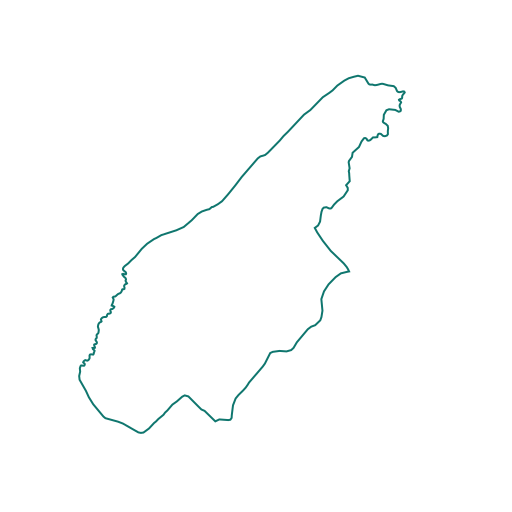 Sacapulas, Quiché, Guatemala, rotated 132°
{"feature_id": "79465075B69929365391108", "entity_name": "Sacapulas", "entity_type": "district", "adm_level": 2, "iso_a3": "GTM", "parent_name": "Guatemala", "parent_adm1": "Quiché", "projection": "natural_earth1", "projection_center": [-91.122, 15.267], "detail": "fine", "context": "isolated", "style": "outline", "palette": "teal", "viewbox_px": 512, "rotation_deg": 132, "n_neighbors": 0, "source": "geoboundaries", "source_scale": "gbopen_adm2", "svg_char_len": 4746}
<svg xmlns="http://www.w3.org/2000/svg" viewBox="0 0 512 512"><g transform="rotate(132 256 256)"><path d="M86.5,245.4L84.9,246.4L83.3,246.7L82.4,246.0L81.7,244.9L81.7,241.9L81.1,240.8L80.2,240.0L78.7,239.3L77.2,239.5L75.1,241.5L72.6,243.3L71.1,245.2L71.0,248.2L71.3,249.0L71.5,250.6L71.4,251.4L71.0,251.9L68.7,252.9L65.5,255.5L60.4,256.6L57.9,255.3L54.3,250.3L53.8,248.5L53.5,247.3L53.3,246.5L52.3,245.8L51.2,245.6L50.3,246.3L49.7,247.1L49.3,248.3L49.0,248.9L48.3,249.8L47.3,250.4L46.0,250.7L44.8,250.9L44.4,251.7L44.4,252.8L44.6,253.7L44.2,254.3L42.9,253.9L42.4,253.5L41.3,253.0L40.6,253.3L40.1,253.7L39.4,254.3L38.8,254.6L37.5,254.8L36.7,254.8L35.8,254.8L35.0,254.9L34.6,255.8L35.1,256.7L35.7,257.2L36.4,257.6L37.1,258.1L37.7,258.5L38.2,259.0L38.7,259.6L39.1,260.7L39.0,261.7L37.6,264.7L37.6,267.3L40.8,272.0L43.0,276.6L43.5,277.4L44.0,277.9L44.9,278.6L47.1,280.0L48.5,281.0L49.6,282.0L50.2,283.1L50.7,284.2L52.2,285.8L52.6,286.6L52.7,287.5L52.5,288.3L50.6,294.6L53.8,300.8L57.3,303.2L61.8,306.0L66.5,307.7L74.9,309.6L81.7,309.9L85.8,310.7L93.3,312.6L111.2,313.3L118.8,314.9L142.6,315.4L148.5,315.8L154.3,315.6L171.4,316.3L174.8,316.8L176.6,317.8L177.8,318.6L179.1,319.4L182.3,320.0L206.8,319.5L217.6,318.6L227.2,318.1L229.7,318.0L238.0,317.9L243.1,319.0L248.1,320.7L249.2,321.6L252.4,322.0L254.6,323.5L259.1,326.0L263.8,327.4L272.5,327.7L282.8,329.1L290.2,332.4L303.8,340.3L309.3,342.1L311.6,343.1L319.7,345.1L327.0,345.7L337.7,345.2L342.3,345.8L347.0,346.0L351.3,346.8L352.2,346.8L353.1,346.8L354.0,346.6L354.6,346.2L355.1,345.7L355.3,345.1L355.3,343.8L355.2,342.0L355.6,341.2L356.0,340.7L356.6,340.5L357.4,341.2L357.8,342.2L358.1,342.8L359.0,343.2L359.4,342.4L359.6,341.2L359.8,340.1L359.7,339.1L359.7,338.3L360.2,337.1L360.8,336.7L361.4,336.6L362.1,335.7L362.3,335.1L362.4,334.3L362.7,333.5L363.5,333.7L364.3,334.2L365.3,334.3L366.3,334.1L367.0,333.4L367.6,332.4L368.5,331.8L369.3,332.1L370.1,333.0L370.8,332.9L371.7,332.4L372.8,332.1L373.6,332.0L374.8,332.2L375.4,332.5L375.9,332.8L376.8,333.1L377.6,333.2L378.6,333.3L379.7,333.4L380.6,333.7L381.1,334.3L381.8,334.7L382.7,334.7L383.1,333.7L383.5,332.8L384.7,332.0L387.3,330.8L387.9,330.6L388.6,330.5L389.4,330.1L389.0,329.1L388.6,328.3L388.5,327.3L389.2,327.0L390.1,327.0L391.5,327.3L392.1,327.8L392.6,328.2L393.7,328.1L394.3,327.4L394.8,326.3L395.5,325.9L396.2,326.0L397.0,326.4L397.6,327.1L398.2,327.4L399.0,327.3L399.8,327.1L400.6,326.5L401.5,326.6L402.2,327.2L402.7,327.8L403.5,328.4L404.2,328.8L405.2,329.0L406.2,329.0L406.9,328.8L407.4,328.0L408.0,327.0L408.8,327.1L410.0,327.7L410.8,327.7L412.0,327.5L412.7,327.2L413.7,326.6L414.4,326.1L414.7,325.6L415.1,324.9L416.1,323.4L416.6,323.0L417.2,322.6L418.2,321.9L418.9,321.6L419.5,321.6L420.3,321.7L421.0,321.7L421.7,321.4L422.1,320.8L423.4,319.6L424.1,319.6L424.9,319.6L425.8,319.1L426.1,318.2L426.3,317.5L426.5,316.7L427.0,316.1L427.6,315.9L428.4,316.0L429.3,316.7L430.1,317.0L430.8,316.3L431.4,315.0L431.9,314.3L432.6,314.6L433.1,315.3L433.7,315.9L434.3,314.9L434.3,313.4L434.4,312.6L435.3,312.1L436.5,311.8L437.1,311.2L438.1,311.0L438.7,311.7L439.3,312.6L439.8,313.1L440.4,313.4L441.2,313.2L441.8,312.7L442.6,311.9L443.3,311.3L444.3,311.0L444.9,310.9L445.8,311.0L446.5,311.2L447.0,311.9L447.6,313.2L448.5,313.5L449.8,313.6L450.7,313.2L450.7,311.3L451.4,310.5L452.4,310.3L453.1,310.9L453.5,311.5L454.3,312.7L455.3,312.7L457.3,311.8L459.6,309.3L463.5,307.1L466.0,304.3L470.0,292.2L472.8,285.7L475.1,277.8L477.4,262.0L477.3,259.4L471.5,247.8L469.6,242.9L465.8,225.4L464.5,223.2L462.5,221.5L455.8,220.1L448.3,220.0L445.9,219.6L442.5,219.5L435.9,218.5L433.2,218.8L430.1,218.5L422.4,218.7L417.0,217.5L409.9,216.7L407.3,215.7L405.6,212.3L406.4,198.1L406.6,193.9L405.5,190.6L406.1,175.6L402.0,173.9L396.4,166.7L394.8,165.5L392.6,165.8L390.6,167.4L385.2,171.2L382.3,173.2L375.5,175.8L370.9,176.0L364.4,175.6L360.6,175.6L357.3,176.0L354.7,176.5L333.7,177.0L330.0,177.4L318.6,180.5L316.0,179.4L310.8,175.0L306.5,169.5L302.4,166.9L299.2,166.6L292.8,167.9L275.8,168.5L271.6,167.7L267.8,165.7L260.8,165.2L257.6,166.5L252.2,170.0L244.3,178.6L236.8,181.8L228.5,183.1L218.4,182.7L212.1,181.3L206.8,177.7L205.2,176.5L204.2,178.9L203.5,181.2L202.8,185.8L202.2,203.8L200.0,216.5L197.5,226.3L195.8,231.1L191.8,230.3L187.6,231.4L182.4,235.0L179.3,236.9L176.4,238.1L174.7,238.0L172.6,236.3L171.8,233.7L171.3,232.9L170.6,232.2L169.6,232.0L165.6,232.4L160.8,232.2L153.2,230.7L145.7,231.8L144.0,233.4L143.1,236.4L137.7,236.4L133.9,240.4L132.1,242.2L130.9,243.8L128.2,245.1L124.3,249.9L123.1,250.5L118.1,251.0L114.6,253.3L106.1,252.4L100.3,254.2L96.8,254.5L96.1,254.5L95.6,254.1L95.1,253.5L94.9,252.3L95.5,250.7L95.3,249.9L94.8,249.4L94.0,248.9L93.1,248.6L89.6,248.4L88.8,247.6L88.2,246.9L86.5,245.4Z" fill="none" stroke="#0f766e" stroke-width="2"/></g></svg>